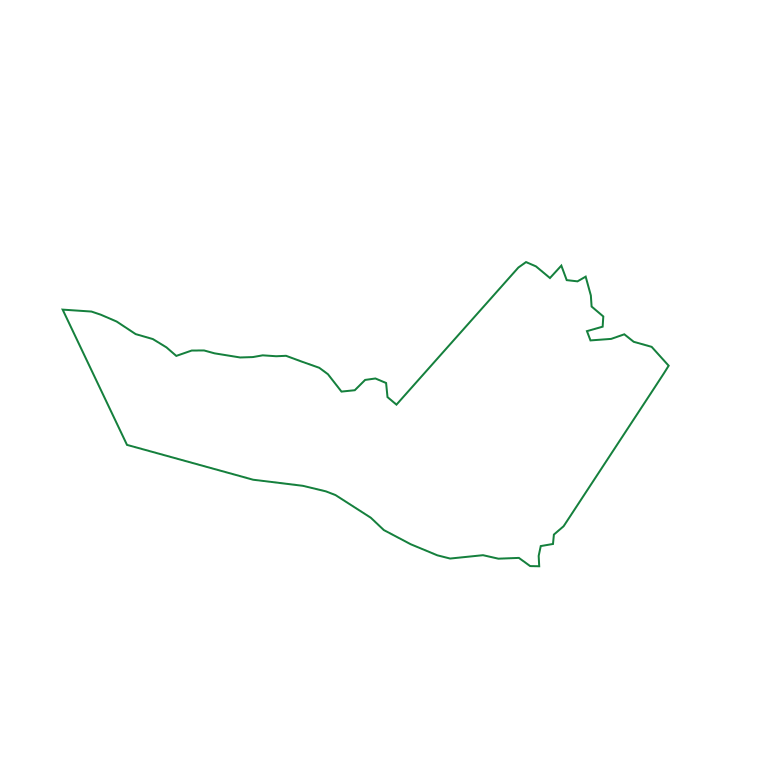 Taboleiro Grande, Rio Grande do Norte, Brazil, rotated 237°
{"feature_id": "56859067B31995053212308", "entity_name": "Taboleiro Grande", "entity_type": "district", "adm_level": 2, "iso_a3": "BRA", "parent_name": "Brazil", "parent_adm1": "Rio Grande do Norte", "projection": "robinson", "projection_center": [-38.046, -5.936], "detail": "fine", "context": "isolated", "style": "outline", "palette": "green", "viewbox_px": 768, "rotation_deg": 237, "n_neighbors": 0, "source": "geoboundaries", "source_scale": "gbopen_adm2", "svg_char_len": 982}
<svg xmlns="http://www.w3.org/2000/svg" viewBox="0 0 768 768"><g transform="rotate(237 384 384)"><path d="M244.3,632.7L269.4,628.7L283.4,616.4L294.8,612.6L298.1,599.1L308.1,580.9L317.8,583.0L313.0,598.6L321.2,604.7L335.9,600.3L345.6,605.7L364.2,611.6L364.7,602.2L371.6,593.8L386.7,597.2L382.5,580.9L399.9,575.5L408.9,569.5L408.5,560.1L359.9,383.2L371.1,379.8L383.7,386.3L393.3,379.8L397.7,370.4L394.7,356.1L400.8,344.2L422.8,342.3L432.9,338.5L447.2,327.5L461.0,317.2L466.0,308.7L474.1,297.9L478.0,288.7L484.6,277.8L502.0,258.6L510.2,251.3L516.8,240.9L520.7,225.1L533.2,221.5L547.6,214.6L561.1,202.9L582.0,193.8L596.4,184.2L604.1,178.1L621.4,155.0L472.9,135.3L375.0,222.1L342.8,260.5L325.6,276.8L317.3,282.8L279.0,300.1L261.6,304.3L235.1,319.1L211.3,335.4L201.6,344.4L186.5,373.8L175.2,384.8L164.7,402.4L151.7,407.4L146.6,414.9L155.6,420.1L162.7,427.2L157.8,438.6L165.2,444.5L166.9,457.2L231.3,603.7L240.4,624.3L244.3,632.7Z" fill="none" stroke="#15803d" stroke-width="2"/></g></svg>